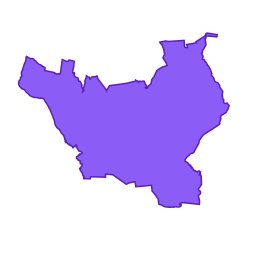 Villa de Allende, México, Mexico, rotated 173°
{"feature_id": "50627088B59559873877291", "entity_name": "Villa de Allende", "entity_type": "district", "adm_level": 2, "iso_a3": "MEX", "parent_name": "Mexico", "parent_adm1": "México", "projection": "mercator", "projection_center": [-100.123, 19.395], "detail": "fine", "context": "isolated", "style": "filled", "palette": "violet", "viewbox_px": 256, "rotation_deg": 173, "n_neighbors": 0, "source": "geoboundaries", "source_scale": "gbopen_adm2", "svg_char_len": 5753}
<svg xmlns="http://www.w3.org/2000/svg" viewBox="0 0 256 256"><g transform="rotate(173 128 128)"><path d="M226.4,197.5L226.4,197.3L227.1,195.8L227.2,194.3L227.0,193.3L227.3,192.3L227.7,191.8L228.4,191.4L228.7,190.9L228.7,190.1L229.0,189.4L229.2,189.0L230.3,188.2L231.0,186.3L231.1,184.3L230.6,182.8L229.7,181.3L228.8,180.2L228.4,179.7L227.0,179.2L226.0,178.4L224.8,176.2L223.3,174.6L221.4,172.1L220.8,171.6L219.3,170.7L217.8,170.0L216.6,169.6L215.4,169.5L211.9,168.2L209.7,168.0L208.1,167.4L207.0,164.4L205.8,162.2L204.1,158.5L204.1,157.6L203.5,157.1L203.3,156.0L202.7,154.2L200.2,144.5L199.8,139.7L198.5,137.1L197.0,135.4L196.5,135.4L194.6,130.8L192.9,128.7L192.9,128.2L192.4,127.1L192.1,125.5L192.3,124.6L191.8,124.2L191.6,123.7L191.7,123.2L191.4,123.2L191.5,123.0L191.2,123.0L191.2,122.6L192.0,122.5L191.7,122.1L191.5,121.2L190.8,121.4L190.4,121.2L190.5,120.8L190.1,120.3L190.0,120.0L189.5,119.5L188.8,119.2L188.7,118.6L188.1,118.3L187.9,118.7L187.5,118.0L187.4,117.7L187.1,117.8L186.9,117.8L186.9,117.4L186.5,117.3L185.4,116.4L185.4,116.1L185.3,115.5L185.0,115.1L184.5,115.6L182.6,116.7L181.5,117.5L180.7,117.3L181.0,117.3L181.7,115.6L181.1,115.5L180.9,113.7L180.1,112.6L179.9,111.6L179.5,111.1L177.0,109.9L176.7,109.6L176.9,108.7L176.7,108.3L176.8,108.1L178.6,108.0L178.9,107.4L179.8,106.9L179.8,107.3L179.4,107.8L179.5,107.9L180.3,107.0L181.2,106.2L182.2,106.0L182.6,105.7L182.8,104.6L182.6,103.8L182.1,103.7L181.9,103.2L181.5,102.9L181.5,102.3L181.3,102.1L179.5,101.1L179.8,100.8L179.7,100.4L179.4,100.2L179.7,99.7L179.6,98.3L178.5,98.0L178.0,98.1L177.8,97.9L178.1,96.9L178.1,96.3L178.9,95.8L179.1,95.1L179.9,94.4L180.0,94.0L179.8,93.8L179.9,93.5L180.2,93.5L180.7,93.9L181.0,93.6L180.4,91.8L180.2,91.7L179.7,90.1L179.4,89.4L178.7,88.9L178.6,88.6L178.8,88.0L178.5,86.3L177.7,85.5L177.9,85.1L178.0,84.7L177.8,84.5L178.2,83.1L171.7,82.2L171.1,84.2L156.3,81.9L155.9,85.0L148.9,83.5L136.6,72.4L133.5,73.3L127.5,73.9L127.4,68.8L121.3,68.5L111.7,68.3L111.7,62.1L110.7,61.1L106.7,53.9L106.7,48.6L103.6,47.2L103.3,46.9L101.5,45.6L100.9,45.3L99.3,44.9L98.9,44.9L97.3,44.4L96.6,44.5L95.3,44.1L93.6,44.2L92.5,43.8L91.1,44.1L87.3,43.4L85.8,43.7L85.3,43.7L84.5,45.3L84.9,45.7L85.0,45.4L85.7,45.6L86.0,45.8L86.0,46.1L85.5,46.8L83.7,47.1L83.6,47.4L82.5,47.1L80.8,47.1L80.8,46.8L66.4,43.5L65.9,46.9L65.9,48.2L66.5,52.3L64.3,53.8L63.8,54.8L63.9,56.2L64.2,56.7L65.2,57.5L65.7,58.4L65.4,59.3L64.4,60.0L63.4,61.4L62.0,62.8L61.5,66.8L61.6,68.0L61.2,70.8L61.5,72.3L61.8,72.4L61.7,73.6L62.6,73.3L62.4,73.6L62.0,73.6L61.7,74.6L62.5,73.9L62.2,74.5L62.0,75.6L62.0,75.9L62.3,76.5L63.5,76.7L64.1,76.5L64.2,76.3L65.2,76.1L65.9,76.4L65.9,76.6L66.4,76.9L66.2,77.1L66.7,77.5L66.8,77.4L67.7,78.2L67.9,78.4L68.1,78.3L68.1,78.6L68.9,80.0L69.4,80.1L69.5,80.5L69.0,80.7L70.2,82.7L70.9,82.7L71.0,82.8L70.7,82.8L70.8,83.7L71.1,83.9L71.0,83.5L71.0,83.0L73.1,86.4L75.5,88.3L75.4,89.2L74.5,90.5L73.5,91.5L71.5,93.2L70.7,93.5L69.4,94.6L68.6,95.1L66.7,95.2L65.5,95.8L65.1,96.7L59.5,104.3L59.2,105.8L58.5,107.2L54.3,111.9L36.8,120.4L36.3,121.1L36.5,121.9L36.5,122.3L34.6,125.8L34.8,126.8L35.1,127.0L34.8,127.9L33.7,129.2L31.6,130.0L28.4,131.6L28.0,132.8L26.5,134.3L24.9,138.0L26.6,140.7L27.8,140.5L28.8,140.5L29.3,140.9L29.8,141.4L29.9,142.2L29.5,144.0L30.5,145.6L30.4,146.7L30.2,147.1L30.6,148.1L30.4,148.7L30.5,149.2L30.2,149.4L30.5,150.0L30.4,150.4L29.8,151.4L29.5,152.1L29.7,153.2L30.3,153.9L30.4,154.6L30.8,155.1L31.3,156.2L32.0,157.1L31.8,158.7L32.2,159.7L33.4,162.1L35.3,162.8L35.8,163.5L36.1,163.7L36.5,164.6L36.5,166.1L37.8,168.9L38.6,170.1L38.6,171.3L38.1,172.1L38.4,172.5L39.1,176.1L40.9,180.1L41.6,180.5L41.6,181.1L41.9,181.9L41.9,182.5L42.3,183.3L42.6,183.8L43.1,184.2L43.8,185.4L43.7,186.0L44.0,186.1L44.2,186.6L44.5,186.4L45.7,187.2L45.2,189.1L44.7,189.9L44.8,190.4L45.6,192.2L45.9,193.1L45.1,193.6L44.4,195.8L40.5,200.9L40.4,203.1L40.6,203.0L40.7,203.6L40.5,205.9L40.7,206.4L40.3,207.4L40.4,207.6L40.2,207.8L40.3,208.4L39.7,208.1L39.7,208.6L39.5,210.0L28.7,207.6L28.1,209.8L38.0,212.6L38.3,212.1L39.0,212.2L39.4,211.9L39.8,210.9L40.1,210.1L50.1,205.3L50.1,204.6L49.9,204.2L59.7,203.7L59.0,201.1L59.6,200.5L61.3,200.9L62.0,201.4L61.6,208.1L74.7,208.8L78.1,209.1L78.9,209.5L80.0,209.8L86.0,209.3L85.3,208.1L85.4,207.9L84.4,207.0L83.1,202.6L82.8,200.5L82.8,196.3L83.9,195.1L84.8,193.2L84.3,192.4L81.7,186.7L81.5,185.3L84.3,184.7L85.6,184.6L89.9,182.9L92.5,181.2L96.0,175.7L98.4,173.2L99.9,169.1L103.4,166.4L103.9,165.3L104.6,165.1L105.2,165.2L105.8,165.8L104.3,166.4L104.2,166.7L104.8,167.6L104.8,167.8L104.5,167.8L105.4,169.4L106.2,172.4L107.4,172.8L109.5,172.5L110.6,173.1L111.8,172.8L112.3,173.1L112.2,172.4L114.4,174.4L114.3,173.7L124.8,172.5L141.2,172.3L144.9,167.5L145.1,168.8L151.9,180.5L152.4,183.4L154.1,183.0L156.8,183.1L157.9,182.8L159.7,181.2L160.1,181.8L160.3,183.1L162.0,183.8L162.4,184.6L162.9,185.0L163.3,183.2L164.8,180.6L165.1,179.7L165.1,179.4L165.3,179.1L164.9,178.1L166.2,175.6L167.3,172.8L167.5,171.6L167.4,170.3L168.6,169.5L167.9,171.6L168.2,172.9L168.9,174.4L168.9,175.4L168.5,175.7L168.7,177.2L170.1,180.4L171.2,180.4L171.5,183.6L172.6,184.1L174.7,185.8L174.9,188.1L174.5,188.3L174.6,189.5L175.2,189.4L175.2,189.0L175.4,188.9L175.5,188.7L176.0,189.1L176.1,190.3L176.0,191.1L174.3,195.8L173.2,200.7L178.1,202.7L179.5,201.4L182.1,202.0L182.4,202.6L184.2,203.4L184.9,203.9L188.5,190.3L189.0,190.2L189.1,189.8L190.4,190.1L190.5,190.3L191.8,190.2L192.7,190.7L193.4,190.6L194.1,191.4L194.0,191.9L203.8,195.2L202.9,197.9L207.1,201.3L208.2,202.0L208.7,202.1L210.6,204.2L211.3,205.6L212.6,206.6L213.2,207.8L213.6,207.9L213.9,208.4L214.6,208.7L215.9,208.6L216.8,209.0L218.6,210.2L219.0,210.7L219.9,211.4L220.4,211.0L220.8,209.5L221.0,207.6L223.2,204.0L224.1,201.7L224.6,201.1L225.5,198.6L226.4,197.5Z" fill="#8b5cf6" stroke="#5b21b6" stroke-width="1.5"/></g></svg>